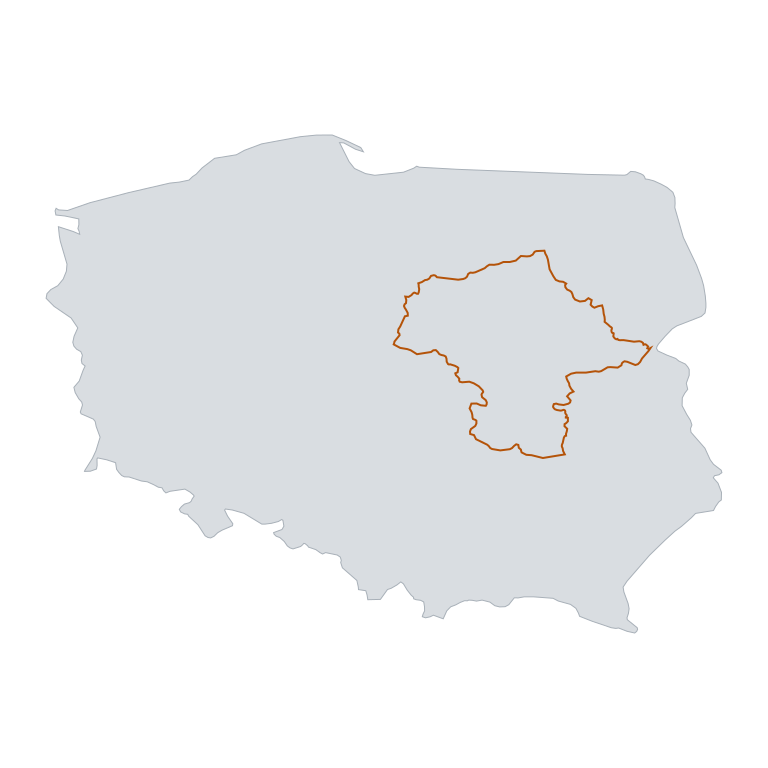 Masovian highlighted on a map of Poland
{"feature_id": "POL-3148", "entity_name": "Masovian", "entity_type": "Voivodeship", "adm_level": 1, "iso_a3": "POL", "parent_name": "Poland", "parent_adm1": "", "projection": "equal_earth", "projection_center": [21.23, 52.228], "detail": "fine", "context": "in_parent", "style": "outline", "palette": "amber", "viewbox_px": 768, "rotation_deg": 0, "n_neighbors": 0, "source": "natural_earth", "source_scale": "10m", "svg_char_len": 7081}
<svg xmlns="http://www.w3.org/2000/svg" viewBox="0 0 768 768"><path d="M686.7,414.4L690.4,420.3L691.9,425.0L690.5,428.6L691.0,432.3L704.9,448.2L710.2,459.8L713.5,464.3L721.2,470.2L721.9,472.6L718.9,474.8L714.5,475.7L713.3,477.8L718.0,483.2L721.5,492.4L721.3,500.0L718.8,501.9L715.6,506.4L713.5,510.5L695.6,513.4L691.3,517.8L681.6,526.3L674.9,531.2L665.1,540.1L649.5,555.3L627.0,581.2L623.1,587.1L623.9,592.0L628.1,603.5L629.1,608.7L628.4,613.5L627.0,617.8L627.3,619.7L637.2,627.7L637.6,629.3L636.7,631.4L634.7,633.0L627.1,631.3L618.6,628.0L615.8,628.4L611.2,627.7L592.3,621.3L579.6,616.3L578.4,613.0L575.9,608.3L570.5,604.4L558.2,601.0L553.1,598.3L533.1,596.8L524.4,596.8L518.2,597.9L514.3,597.8L508.8,604.7L505.1,606.7L499.6,606.9L494.8,605.7L489.9,602.1L482.1,600.1L476.5,601.1L472.3,600.3L468.7,600.1L467.4,600.8L464.6,600.7L460.3,602.4L455.7,604.9L450.7,606.8L446.8,610.8L443.2,618.8L433.4,615.2L430.1,616.8L425.5,617.8L422.3,616.7L423.1,614.0L424.6,610.9L424.5,606.6L423.7,601.9L420.6,600.3L416.1,599.7L413.7,598.8L413.5,597.2L411.2,595.2L407.2,590.1L403.4,583.8L400.8,581.9L397.0,584.9L391.1,588.3L387.5,589.5L380.4,599.4L367.8,599.7L367.1,595.1L365.8,590.7L358.5,589.6L358.3,587.0L356.9,580.5L342.4,567.8L340.7,562.5L341.3,560.4L340.3,557.1L337.2,555.0L325.6,552.6L322.6,554.0L320.0,552.6L315.8,549.6L308.5,547.1L307.7,545.8L305.2,543.7L303.7,543.4L302.7,544.7L300.6,546.5L293.0,548.9L290.0,547.9L287.3,545.9L284.3,541.5L279.9,537.6L276.2,536.2L274.1,534.2L273.6,532.6L282.0,529.5L283.9,526.2L282.9,520.3L281.7,519.5L278.4,521.5L271.5,523.3L265.1,524.1L261.8,524.1L244.0,513.3L232.3,510.0L225.4,509.0L224.6,510.1L227.6,516.2L232.8,523.7L232.5,525.7L222.2,530.1L217.7,532.7L214.0,536.3L210.7,537.9L208.0,537.5L205.1,535.8L197.9,524.7L188.7,516.2L187.7,514.3L184.7,513.9L180.6,511.9L179.3,509.3L181.5,506.6L184.4,504.1L189.6,502.6L191.2,501.2L192.1,499.0L194.1,496.2L193.7,495.2L190.1,492.1L184.9,489.1L170.0,491.3L165.9,492.9L163.7,490.8L162.0,487.8L158.3,487.2L153.3,484.5L147.3,481.8L141.4,481.0L129.1,477.0L124.4,476.8L121.7,475.5L118.9,472.5L116.6,469.3L115.6,462.7L106.7,459.8L97.7,457.9L97.0,458.8L97.1,465.5L96.5,469.0L90.4,471.2L84.5,471.4L84.9,470.3L92.4,458.4L95.9,450.9L100.1,437.2L96.2,426.5L95.2,421.5L93.3,419.1L81.1,413.8L80.3,412.0L82.5,405.0L81.7,402.0L78.8,398.8L75.2,392.6L73.9,387.3L79.2,381.1L83.1,370.3L85.1,366.0L82.0,363.5L81.3,360.1L82.4,355.2L80.8,351.6L76.6,349.2L73.9,346.1L72.8,342.3L74.1,336.2L77.8,327.9L71.1,318.0L54.1,306.4L46.1,298.3L47.0,293.6L50.9,289.5L57.8,285.7L63.2,279.1L66.4,271.2L67.0,264.1L60.3,241.2L59.3,235.5L58.4,226.7L73.4,231.6L79.7,234.3L79.1,231.2L77.9,228.6L78.9,224.7L78.8,218.9L65.0,216.0L55.9,215.0L55.1,210.9L56.1,208.3L58.6,209.9L67.5,210.5L90.0,202.7L128.7,192.6L169.8,183.1L179.3,182.1L189.0,180.1L192.6,176.6L196.2,174.2L202.0,168.0L214.6,158.3L236.3,154.8L244.5,150.3L261.6,143.9L300.3,136.7L316.4,135.1L332.2,135.0L346.1,140.6L360.8,147.6L363.4,151.8L355.4,149.2L343.8,142.9L339.5,142.6L349.1,161.7L354.5,168.5L365.5,173.6L374.8,175.3L403.5,172.2L413.7,168.2L416.7,166.2L419.3,167.2L456.8,169.3L587.1,174.4L624.6,175.2L626.9,174.6L630.7,171.4L635.4,171.8L640.9,173.8L643.5,175.3L644.6,177.0L645.3,179.0L648.4,179.4L653.9,180.9L661.4,184.3L667.3,187.6L672.9,192.3L674.9,197.6L675.1,203.7L674.8,207.6L683.4,237.6L696.6,265.2L701.6,278.5L703.6,285.6L705.3,296.0L705.9,303.3L705.9,307.4L705.0,313.0L701.3,316.4L676.8,325.9L672.2,328.9L665.0,336.4L658.4,344.1L656.9,346.7L656.5,348.5L658.0,351.0L666.9,355.1L675.8,358.5L678.8,361.0L685.4,364.1L687.8,367.0L689.2,369.5L689.2,375.3L686.3,383.3L687.7,389.3L684.7,393.3L682.3,397.8L682.1,405.7L686.7,414.4Z" fill="#d9dde1" stroke="#a8b0b8" stroke-width="1"/><path d="M544.4,250.7L545.3,253.6L546.8,256.3L547.9,259.6L549.6,269.3L553.4,276.3L555.8,279.9L559.4,281.4L563.1,281.8L566.2,283.6L565.1,285.1L565.4,287.3L567.2,289.6L569.7,290.7L571.4,292.0L572.4,294.1L573.3,297.2L575.1,299.6L579.9,301.5L585.0,300.9L588.4,298.2L591.7,300.1L590.6,304.7L592.3,306.5L594.4,307.7L598.2,306.2L602.1,305.4L603.2,309.4L603.7,313.8L604.5,316.8L604.8,319.9L604.6,321.8L608.4,324.9L609.8,326.3L611.3,327.3L611.8,327.8L611.9,328.7L611.7,329.4L611.4,330.0L611.4,330.8L611.6,331.9L612.0,332.6L612.5,333.0L613.5,333.1L613.7,333.5L613.3,336.3L613.8,337.2L614.9,338.5L616.3,339.3L617.5,338.9L618.3,339.9L619.9,340.2L623.5,340.1L634.0,341.7L639.3,341.2L641.3,341.7L642.9,342.8L643.5,344.8L645.0,344.2L646.2,344.7L648.1,346.5L647.8,347.0L647.5,347.9L647.3,348.3L648.4,348.8L649.5,348.5L650.5,348.0L648.4,351.1L642.0,358.5L640.1,362.0L637.9,364.2L635.3,365.0L627.3,361.8L624.5,361.3L623.3,362.0L622.2,362.9L621.7,364.0L621.4,365.3L617.7,367.6L610.2,367.1L607.6,367.3L601.2,371.1L598.8,371.7L595.3,371.2L586.0,372.6L576.2,372.6L571.1,373.7L566.2,376.5L566.7,378.7L567.8,381.1L569.1,383.3L569.4,385.6L571.1,388.8L573.5,391.6L569.7,393.4L567.1,396.3L570.6,400.4L570.1,402.4L568.4,403.7L563.6,405.0L558.7,404.4L556.2,403.6L553.8,404.1L553.1,406.3L553.2,407.2L554.0,408.4L555.0,409.3L556.9,410.0L560.4,410.6L561.6,410.5L563.3,409.9L564.0,409.9L565.0,410.5L565.3,411.3L565.2,412.3L565.4,413.5L566.6,415.0L566.8,416.0L565.8,417.0L565.8,417.6L567.9,417.8L567.9,421.3L566.2,423.1L564.6,424.1L564.5,426.2L567.2,428.8L566.8,431.3L566.0,433.9L566.1,435.7L565.4,435.8L564.7,436.2L563.9,437.6L562.7,443.0L562.1,444.3L561.9,445.0L561.8,446.0L561.9,446.7L562.6,448.2L563.1,451.0L564.8,454.4L542.9,458.0L531.6,455.2L526.3,454.8L521.6,452.4L521.2,451.1L520.9,449.6L518.8,447.8L518.3,444.9L516.2,444.3L514.1,445.9L512.0,448.1L509.8,449.2L500.3,450.4L492.0,449.0L490.2,448.0L488.8,446.1L487.2,444.7L476.0,439.2L474.0,435.1L470.2,434.0L470.0,431.5L470.9,429.1L475.3,425.9L476.4,423.5L476.4,420.8L475.6,420.0L473.0,419.0L472.5,417.6L472.3,414.9L471.6,412.2L469.6,408.4L471.4,403.6L476.7,403.5L480.8,405.3L485.8,405.8L486.6,404.4L486.8,402.4L485.8,400.2L482.1,397.2L481.5,394.7L481.9,393.6L482.6,392.8L483.2,391.9L482.7,390.4L478.8,386.3L473.8,383.3L469.3,381.7L462.1,382.3L459.7,381.7L459.1,380.3L459.3,378.7L457.7,376.8L455.9,375.2L455.3,373.3L457.6,372.3L458.3,368.0L457.4,367.1L454.7,365.7L450.1,364.3L449.0,364.5L448.1,364.1L446.7,361.7L446.5,358.7L445.7,356.5L443.8,355.5L441.4,355.0L439.3,354.1L437.7,351.9L435.8,350.1L433.3,350.3L431.1,352.0L417.0,354.2L410.8,350.3L407.3,349.1L400.2,347.9L393.7,344.4L394.2,343.0L394.5,341.5L399.6,335.2L399.3,333.6L398.0,332.5L398.4,329.3L400.2,326.5L404.9,316.3L407.8,315.7L407.7,312.9L405.8,309.4L404.7,307.8L404.0,306.0L404.6,304.3L406.0,303.1L406.3,300.0L405.3,296.6L408.6,296.9L411.5,295.1L412.7,293.6L414.2,292.6L415.5,293.0L416.7,293.7L418.0,293.8L418.7,292.4L419.0,290.7L419.2,289.1L418.7,286.6L418.7,284.9L418.3,283.3L421.8,282.1L425.0,280.1L427.3,279.7L429.3,278.5L431.0,275.9L433.7,275.2L434.9,275.4L435.9,276.0L436.4,276.7L436.9,277.2L458.2,279.7L463.2,279.0L465.3,278.2L467.0,276.7L468.2,273.9L470.3,272.6L472.8,272.8L475.3,272.3L484.7,268.2L487.0,266.2L489.4,264.7L494.2,264.8L498.5,264.1L503.4,262.0L509.8,262.0L515.8,260.6L520.9,256.0L526.9,256.4L530.0,256.1L532.7,254.6L534.6,251.8L536.3,251.1L544.4,250.7Z" fill="none" stroke="#b45309" stroke-width="2"/></svg>